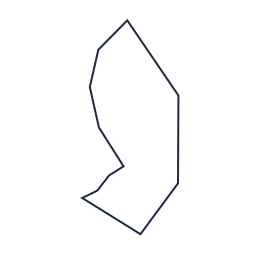 SVG path tracing the border of Annobón, rotated 353°
{"feature_id": "GNQ-1467", "entity_name": "Annobón", "entity_type": "Province", "adm_level": 1, "iso_a3": "GNQ", "parent_name": "Equatorial Guinea", "parent_adm1": "", "projection": "robinson", "projection_center": [5.626, -1.446], "detail": "fine", "context": "isolated", "style": "outline", "palette": "slate", "viewbox_px": 256, "rotation_deg": 353, "n_neighbors": 0, "source": "natural_earth", "source_scale": "10m", "svg_char_len": 303}
<svg xmlns="http://www.w3.org/2000/svg" viewBox="0 0 256 256"><g transform="rotate(353 128 128)"><path d="M118.9,165.5L99.2,123.9L95.1,82.7L108.1,46.7L140.4,21.1L182.0,101.9L170.9,189.0L127.4,234.9L74.0,191.9L89.9,186.4L103.5,172.7L118.9,165.5Z" fill="none" stroke="#1e293b" stroke-width="2"/></g></svg>